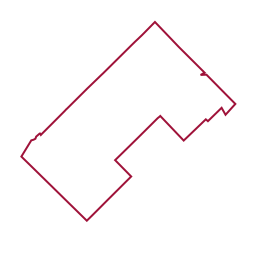 outline of Bennington, Vermont, United States of America, rotated 43°
{"feature_id": "52423323B50806890780295", "entity_name": "Bennington", "entity_type": "district", "adm_level": 2, "iso_a3": "USA", "parent_name": "United States of America", "parent_adm1": "Vermont", "projection": "natural_earth1", "projection_center": [-73.109, 43.027], "detail": "fine", "context": "isolated", "style": "outline", "palette": "rose", "viewbox_px": 256, "rotation_deg": 43, "n_neighbors": 0, "source": "geoboundaries", "source_scale": "gbopen_adm2", "svg_char_len": 698}
<svg xmlns="http://www.w3.org/2000/svg" viewBox="0 0 256 256"><g transform="rotate(43 128 128)"><path d="M136.6,223.3L161.1,223.9L161.5,214.4L162.2,193.7L163.4,161.3L140.5,160.3L141.9,129.3L143.0,100.5L143.4,97.9L143.4,97.2L177.3,99.2L178.3,81.5L179.0,68.6L181.8,68.5L182.7,49.4L190.3,51.8L190.1,37.2L177.5,36.7L149.0,35.5L144.9,39.7L146.3,35.3L110.2,34.1L75.4,32.1L74.9,50.5L74.3,60.1L74.3,60.3L74.1,64.7L72.5,104.9L72.3,107.9L71.4,125.0L71.3,126.7L70.2,155.7L70.1,156.1L70.1,156.8L70.1,158.8L69.7,171.2L69.0,191.1L69.0,192.5L67.5,192.0L67.2,192.3L66.7,196.9L67.6,199.0L66.9,201.0L65.7,203.0L69.5,221.6L72.6,221.7L105.0,222.5L136.6,223.3Z" fill="none" stroke="#9f1239" stroke-width="2"/></g></svg>